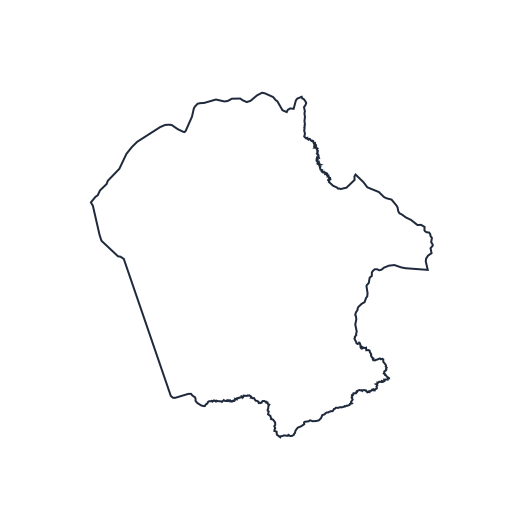 the district of Chipangali, Eastern, Zambia, rotated 205°
{"feature_id": "96606910B61559073197846", "entity_name": "Chipangali", "entity_type": "district", "adm_level": 2, "iso_a3": "ZMB", "parent_name": "Zambia", "parent_adm1": "Eastern", "projection": "albers", "projection_center": [32.482, -13.317], "detail": "fine", "context": "isolated", "style": "outline", "palette": "slate", "viewbox_px": 512, "rotation_deg": 205, "n_neighbors": 0, "source": "geoboundaries", "source_scale": "gbopen_adm2", "svg_char_len": 6088}
<svg xmlns="http://www.w3.org/2000/svg" viewBox="0 0 512 512"><g transform="rotate(205 256 256)"><path d="M425.0,232.5L406.7,209.0L402.5,204.5L380.9,197.4L378.6,198.1L374.6,197.5L274.1,93.2L271.3,92.4L269.3,93.3L259.0,102.5L256.6,103.6L254.8,102.7L251.4,102.1L250.3,100.8L249.6,99.2L247.2,98.0L242.4,97.4L239.5,98.0L238.9,98.5L238.8,100.2L237.8,101.7L237.8,103.4L237.3,104.4L235.1,105.6L234.4,105.6L234.6,106.1L233.3,106.5L233.0,107.4L231.2,107.2L231.4,107.7L230.8,108.2L229.7,108.2L225.9,109.6L225.2,109.4L224.3,111.8L223.2,111.5L221.1,112.2L221.1,113.0L220.4,112.8L220.2,113.4L219.2,113.2L219.3,113.8L218.6,114.2L218.3,113.8L217.5,114.0L217.3,113.6L216.2,113.9L215.8,115.0L215.0,115.1L214.8,116.0L214.3,115.9L214.2,116.8L214.6,117.7L212.8,118.0L213.2,118.9L212.1,119.9L211.5,119.9L211.3,120.6L209.6,121.6L209.9,122.7L208.3,122.9L208.1,122.6L207.8,123.9L208.0,124.3L205.1,125.3L204.6,126.2L203.5,126.4L203.1,126.9L201.0,126.5L200.8,125.5L200.1,125.9L199.3,125.5L197.8,126.4L195.6,124.9L194.9,124.7L194.0,125.1L192.8,125.1L191.5,124.0L191.1,124.6L190.3,124.4L189.9,124.8L189.6,124.7L188.9,125.7L188.8,127.2L187.3,128.1L186.3,127.9L185.1,128.3L184.6,127.4L183.6,128.0L182.6,126.9L181.1,126.8L181.4,125.3L180.5,123.1L180.5,121.7L180.1,120.8L178.8,120.5L178.2,117.6L175.3,117.1L174.4,115.9L173.6,115.5L173.5,114.6L171.3,114.9L168.3,113.2L167.2,111.0L167.5,109.5L165.8,108.1L165.9,106.8L165.4,105.2L163.1,105.5L161.6,102.9L157.5,102.0L157.6,103.0L156.4,103.6L154.9,105.2L151.1,106.5L151.0,107.6L148.9,107.3L147.3,108.2L146.1,110.0L146.3,111.0L145.9,112.1L146.4,114.5L145.6,118.1L143.4,120.4L141.4,123.5L141.2,124.0L142.1,125.4L141.8,126.3L138.5,128.4L137.6,129.9L134.9,130.2L131.6,131.9L129.6,133.6L128.5,136.6L128.7,139.8L126.8,141.6L126.6,142.8L125.6,144.2L124.6,144.6L122.5,147.1L121.3,147.5L120.8,148.3L120.7,150.3L119.9,150.9L119.5,152.2L117.1,153.3L115.7,154.7L114.5,154.9L112.6,156.6L112.3,157.3L111.7,157.2L110.5,158.8L109.9,158.9L108.3,160.5L108.4,161.5L106.9,162.9L107.9,163.2L107.8,163.7L108.2,164.1L107.7,166.7L109.6,168.3L109.3,169.0L110.3,170.4L110.0,171.1L109.3,171.3L109.6,172.8L107.4,173.8L107.6,175.0L107.0,175.2L106.9,175.8L107.4,176.3L105.7,178.2L104.4,178.4L103.6,179.0L102.7,178.6L102.3,179.7L99.7,180.7L99.1,180.1L97.4,179.5L96.6,180.4L95.6,180.6L95.7,181.1L96.3,181.2L94.5,182.7L94.4,183.8L93.5,184.7L92.8,183.9L91.6,184.4L91.9,185.3L90.7,186.7L90.6,187.4L91.6,188.5L91.4,190.0L92.1,190.5L93.0,190.6L92.1,191.4L92.5,192.6L91.8,192.7L91.2,194.1L89.2,194.9L89.2,195.9L88.5,196.0L88.3,195.2L87.9,195.4L86.7,197.1L87.5,198.1L86.5,198.5L86.1,199.1L84.4,199.6L84.6,200.6L83.7,201.3L83.9,201.6L86.3,201.9L88.0,202.9L88.7,202.7L89.2,203.5L90.5,203.5L90.4,204.4L90.9,205.1L90.8,206.0L90.1,206.7L89.8,208.0L90.5,208.5L90.4,210.1L91.7,210.6L91.8,211.5L92.6,212.3L95.9,213.9L97.0,216.1L98.2,216.2L99.2,215.2L100.4,215.5L102.7,213.0L103.4,212.7L104.0,211.7L105.6,211.1L106.4,211.6L106.3,212.8L108.3,213.1L108.8,213.9L109.8,214.4L110.1,215.7L112.3,217.1L113.0,218.2L114.2,218.3L116.2,217.2L117.5,219.4L118.2,218.7L119.5,218.5L120.9,216.8L121.5,216.7L122.6,217.5L121.9,218.5L123.5,218.8L123.8,219.6L125.4,221.1L125.9,221.1L126.0,219.9L126.8,219.2L128.1,219.4L128.4,220.0L131.9,222.7L131.8,223.9L132.3,224.6L131.7,226.6L132.3,227.5L132.8,230.1L137.1,235.9L138.3,241.0L140.0,243.7L141.2,244.5L141.6,247.2L141.2,250.2L141.7,251.3L141.7,253.1L140.0,257.4L138.1,260.0L138.5,264.6L138.1,266.4L139.2,269.5L143.1,275.3L143.3,276.2L142.4,279.2L143.8,284.5L142.6,286.9L144.1,290.2L143.6,292.4L142.8,294.1L140.6,295.2L138.7,295.1L137.8,295.4L136.3,296.9L135.1,299.5L131.5,303.4L126.7,306.3L119.9,307.0L115.6,308.0L94.5,316.0L99.9,322.9L100.3,324.2L100.7,325.5L100.3,328.9L98.1,332.8L101.1,336.8L100.2,340.2L100.9,341.2L103.1,342.6L104.2,346.7L106.1,347.7L107.4,349.5L109.0,350.4L111.6,349.6L113.5,350.0L114.3,350.6L115.5,353.6L119.6,354.0L122.7,352.3L130.8,354.2L136.5,354.3L141.6,355.3L144.1,355.3L146.2,356.9L148.1,359.7L149.8,361.0L157.0,364.4L162.6,363.4L165.2,363.6L171.6,365.9L184.1,365.3L189.8,368.3L200.2,371.9L200.4,369.7L198.8,366.6L202.9,356.1L207.7,352.4L209.0,352.4L210.1,351.7L211.8,352.3L215.7,352.2L221.2,353.9L221.4,355.5L222.6,355.2L222.8,355.8L222.1,357.1L221.3,357.3L221.8,358.0L222.5,357.6L223.2,358.3L223.3,358.0L224.1,358.3L224.4,359.1L224.8,358.7L225.0,359.5L225.5,359.9L225.8,359.7L225.9,360.4L226.6,360.8L226.9,360.8L226.8,359.8L227.5,360.1L228.0,359.6L228.6,360.8L229.4,360.6L230.0,361.0L230.5,360.0L232.2,360.3L232.3,361.8L234.0,361.5L235.4,363.1L235.4,364.0L236.1,364.0L237.2,365.1L236.3,365.9L237.0,365.8L237.3,366.2L237.6,365.8L238.3,366.9L238.4,366.1L238.9,365.7L239.2,366.8L239.6,366.6L239.8,367.9L240.6,367.8L240.8,368.8L241.6,368.4L241.9,369.3L241.5,369.7L242.1,369.9L242.4,371.2L240.5,371.6L242.3,373.5L242.1,373.8L243.3,374.6L243.5,374.2L244.0,374.4L243.9,376.0L244.2,376.6L244.6,376.5L244.8,377.0L244.5,377.5L246.0,378.4L245.7,379.4L246.8,379.6L247.6,379.3L247.2,379.8L247.7,380.2L248.2,380.0L248.1,379.5L249.1,379.1L249.7,380.1L249.5,380.7L248.8,380.6L248.4,381.3L249.2,381.6L249.1,381.9L249.6,381.9L249.8,382.4L250.1,382.2L250.4,383.2L251.2,382.5L252.3,383.8L252.8,383.8L252.9,384.4L253.8,384.3L253.9,383.8L255.3,384.0L256.7,384.9L257.2,384.7L257.6,383.6L258.7,383.9L258.8,384.2L260.0,383.9L260.0,384.4L260.7,383.9L262.8,384.7L263.3,387.5L265.4,390.2L265.8,391.9L266.5,392.7L266.4,393.6L267.2,394.8L267.1,395.6L269.1,398.8L270.5,402.9L272.4,405.8L272.8,407.7L275.4,411.2L275.0,413.2L275.1,415.8L276.6,417.1L279.1,418.4L280.7,418.4L281.9,419.6L285.1,416.1L285.6,413.8L284.1,405.3L287.4,404.2L289.0,401.7L289.0,399.4L293.6,399.3L302.1,405.3L303.8,405.5L307.7,407.3L316.7,407.2L319.5,406.5L322.9,402.1L326.5,394.4L329.4,391.6L333.8,391.5L336.9,392.0L344.3,388.4L347.2,384.5L350.0,382.7L358.4,380.9L367.7,372.8L371.2,370.9L373.3,369.3L374.5,365.6L374.7,363.5L372.9,355.2L372.6,339.4L373.2,338.1L374.5,337.8L380.7,337.9L387.8,339.1L390.4,338.2L393.7,336.4L397.3,332.4L412.0,309.2L414.6,302.1L416.6,293.8L416.7,277.3L422.1,261.5L421.8,258.1L425.1,249.5L425.1,244.2L426.5,241.8L428.3,234.8L425.0,232.5Z" fill="none" stroke="#1e293b" stroke-width="2"/></g></svg>